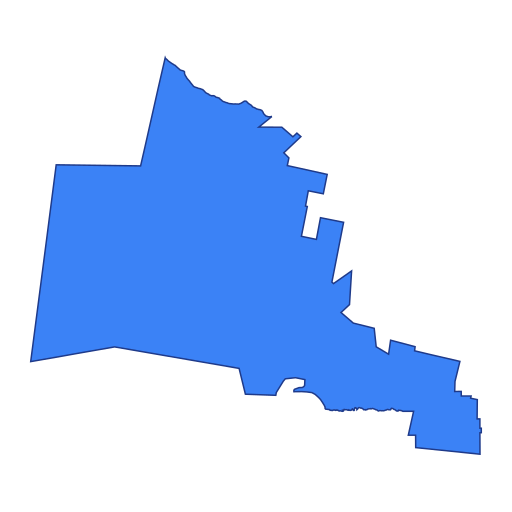 Ojo de agua, Santiago del Estero, Argentina (Mercator projection)
{"feature_id": "61730980B49758081905530", "entity_name": "Ojo de agua", "entity_type": "district", "adm_level": 2, "iso_a3": "ARG", "parent_name": "Argentina", "parent_adm1": "Santiago del Estero", "projection": "mercator", "projection_center": [-63.775, -29.267], "detail": "fine", "context": "isolated", "style": "filled", "palette": "blue", "viewbox_px": 512, "rotation_deg": 0, "n_neighbors": 0, "source": "geoboundaries", "source_scale": "gbopen_adm2", "svg_char_len": 5327}
<svg xmlns="http://www.w3.org/2000/svg" viewBox="0 0 512 512"><path d="M30.7,361.6L62.9,356.0L64.6,355.7L74.0,354.0L114.6,346.9L239.1,368.4L245.4,394.2L275.8,395.3L276.3,392.5L283.3,381.2L285.3,378.8L295.5,377.7L304.9,379.6L304.6,385.5L303.8,386.6L302.3,387.5L299.1,387.6L294.5,389.3L293.9,390.2L293.9,391.7L301.6,391.6L306.6,391.9L311.9,392.6L315.2,394.4L318.2,397.1L319.8,398.7L321.0,400.2L321.7,401.3L322.4,402.3L323.5,404.1L324.3,405.4L324.7,406.3L325.1,407.1L325.0,408.1L325.5,409.1L329.6,409.6L329.7,409.9L330.0,410.1L330.1,410.3L330.6,410.3L331.0,410.3L331.4,410.3L331.8,410.5L332.5,410.5L332.7,410.4L332.9,410.2L333.2,410.0L333.4,410.0L333.7,410.1L334.1,410.1L334.5,410.1L334.9,409.9L335.1,410.1L335.3,410.2L335.4,410.3L335.5,410.3L335.8,410.4L336.1,410.3L336.4,410.2L336.8,410.1L337.0,409.9L337.4,410.2L337.8,410.4L338.1,410.4L338.4,410.5L338.5,410.5L338.7,410.8L338.9,410.9L339.1,410.9L339.2,411.0L339.6,411.0L340.0,410.8L340.3,410.8L340.6,410.9L341.0,411.0L341.5,411.1L342.1,411.3L342.4,411.3L342.5,411.3L342.8,411.2L343.0,411.2L343.4,411.0L343.4,410.8L343.4,410.6L343.3,410.4L343.2,410.3L343.1,410.2L343.4,410.2L343.5,410.3L343.8,410.2L343.8,409.9L344.0,409.5L344.3,409.5L344.5,409.5L344.9,409.7L345.3,409.7L345.5,409.7L345.8,409.7L346.4,409.7L346.7,409.7L346.9,409.7L347.2,409.9L347.3,410.0L347.5,410.1L348.2,410.2L348.4,409.9L348.6,410.1L348.9,410.3L349.3,410.3L349.5,410.1L349.8,410.1L350.3,410.4L351.1,410.3L351.4,409.9L352.2,409.7L352.4,409.0L352.4,408.9L352.5,408.9L352.6,409.0L352.7,409.3L352.9,409.6L353.0,409.8L353.1,410.0L353.3,410.1L353.5,410.3L353.7,410.5L353.9,410.5L354.0,410.5L354.2,410.4L354.4,410.1L354.2,409.7L354.2,409.4L354.2,409.2L354.3,409.1L354.5,408.8L354.7,408.6L354.8,408.4L354.8,408.1L354.9,407.8L355.0,407.7L355.4,407.7L355.5,408.0L355.8,408.0L356.4,408.2L356.6,408.5L356.8,408.9L356.9,409.7L357.2,409.4L357.6,409.1L358.0,408.5L358.3,407.9L359.0,407.6L359.6,407.6L360.7,408.1L361.6,408.1L362.8,408.8L363.4,409.3L363.6,409.7L364.0,409.8L364.3,409.7L365.6,409.7L365.8,410.0L366.4,409.7L367.1,409.6L367.4,409.2L368.2,409.0L369.0,408.8L370.2,408.8L370.4,408.6L370.8,408.8L371.1,408.9L371.6,408.7L372.1,408.5L372.8,408.5L373.6,408.8L374.2,409.0L374.9,409.2L375.6,409.7L376.3,409.8L377.0,410.0L377.8,410.7L378.4,411.0L378.8,410.9L379.5,410.6L380.6,410.6L381.7,410.8L382.4,410.7L383.5,410.8L384.7,410.5L385.6,410.1L386.4,410.0L386.9,409.6L387.2,409.5L387.8,409.5L388.0,409.5L388.4,409.6L388.8,409.8L389.2,409.8L390.0,409.8L390.5,409.8L390.7,409.6L390.8,409.4L390.9,409.1L391.0,408.7L391.5,408.3L392.5,408.5L393.0,408.6L393.5,409.0L393.9,409.4L394.3,409.5L394.5,409.5L394.8,409.6L395.1,409.8L395.5,410.1L395.9,410.4L396.1,410.6L396.3,410.8L396.9,411.0L397.2,411.1L397.4,411.0L397.7,411.0L398.1,411.0L398.3,410.9L398.4,410.5L398.4,410.3L398.5,410.2L399.0,410.3L399.3,410.4L399.7,410.3L399.8,410.3L400.1,410.4L400.3,410.5L400.6,410.4L400.8,410.4L401.0,410.5L401.3,410.6L401.6,410.7L401.9,410.9L402.2,410.9L402.8,411.3L413.6,411.3L408.3,435.2L415.6,435.2L415.7,447.6L480.0,454.2L479.9,432.8L481.3,432.7L481.3,428.2L479.9,428.2L479.9,418.9L477.1,418.9L477.3,399.6L470.6,398.2L471.1,396.0L461.3,396.0L461.2,391.4L454.7,391.5L455.0,381.4L456.9,373.7L459.9,361.4L429.3,354.3L414.6,350.8L415.1,346.7L390.6,340.2L388.6,354.2L376.2,346.8L374.2,328.3L353.3,323.1L341.0,312.5L349.5,304.6L351.6,270.9L333.5,283.6L331.9,282.1L343.6,222.3L320.5,217.7L316.4,239.4L301.4,236.3L307.3,206.5L305.5,206.1L308.3,190.8L323.3,193.8L327.2,174.4L291.5,166.5L287.3,165.6L288.9,157.9L283.8,152.8L300.9,136.6L296.9,133.1L292.9,136.8L281.8,127.2L279.9,127.2L276.2,127.2L258.8,127.1L271.9,116.5L272.0,116.5L271.3,116.5L270.2,116.8L269.4,116.8L268.0,116.7L267.0,116.3L265.8,115.9L264.8,114.9L263.5,113.5L263.1,112.3L262.4,111.3L261.9,110.5L261.1,110.1L259.8,109.6L258.7,109.5L257.9,109.2L256.6,108.9L256.1,108.6L255.2,108.0L254.1,107.5L253.2,107.2L252.4,106.8L252.3,106.4L251.6,105.7L251.2,105.2L250.7,104.9L249.9,104.4L249.0,103.8L248.4,103.5L248.0,103.0L247.6,102.5L246.7,101.7L246.2,101.2L245.4,101.1L244.6,101.1L243.7,101.5L243.2,101.8L242.5,102.4L241.5,102.9L241.0,103.3L240.0,103.6L239.3,103.9L238.6,104.1L238.1,104.1L237.5,104.0L236.2,104.0L235.0,103.9L234.4,104.0L233.4,104.0L232.6,103.9L230.8,103.7L229.4,103.6L228.0,103.2L227.0,102.7L225.7,102.5L224.8,102.0L223.7,101.7L222.8,101.3L222.1,100.8L221.6,100.2L221.2,99.9L220.3,99.3L219.8,98.8L219.6,98.3L218.9,98.0L218.3,97.8L217.6,97.5L217.1,97.5L216.8,97.4L216.0,97.2L215.5,96.7L214.5,96.0L213.7,95.7L212.9,95.7L212.3,95.7L211.6,95.8L210.9,95.5L210.0,95.2L209.3,94.9L208.7,94.2L207.9,93.8L207.2,93.5L205.9,92.8L205.1,92.0L204.3,91.1L203.5,90.3L202.7,89.6L201.5,89.2L200.3,88.7L198.8,88.4L198.0,88.2L197.2,87.8L195.9,87.4L194.7,87.0L193.9,86.6L193.3,86.1L192.8,85.4L192.2,84.7L191.5,83.8L191.0,83.2L190.5,82.6L189.9,81.7L189.5,81.1L188.9,80.5L188.1,79.6L186.9,78.2L186.4,77.2L185.6,76.0L185.0,74.9L184.7,74.1L184.5,73.4L184.5,72.7L184.5,71.9L184.0,71.3L183.2,70.9L182.6,70.7L181.8,70.5L181.1,70.3L180.2,70.0L179.5,69.3L178.2,68.2L177.2,67.3L176.2,66.4L175.2,65.4L174.1,64.9L173.3,64.3L171.9,63.5L170.2,62.3L169.0,61.5L168.0,60.7L167.2,59.8L166.4,59.1L165.4,58.3L165.2,57.8L161.7,72.9L158.2,88.1L152.8,112.1L150.1,124.1L147.4,136.1L144.9,147.2L140.6,165.9L56.2,164.8L49.1,219.9L46.9,237.1L32.7,346.3L30.7,361.6Z" fill="#3b82f6" stroke="#1e3a8a" stroke-width="1.5"/></svg>